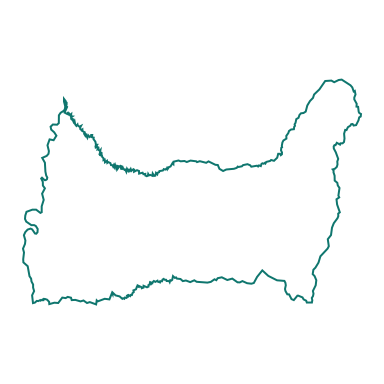 the district of Palmira, Valle del Cauca, Colombia
{"feature_id": "7082276B49686436836196", "entity_name": "Palmira", "entity_type": "district", "adm_level": 2, "iso_a3": "COL", "parent_name": "Colombia", "parent_adm1": "Valle del Cauca", "projection": "equal_earth", "projection_center": [-76.236, 3.584], "detail": "fine", "context": "isolated", "style": "outline", "palette": "teal", "viewbox_px": 384, "rotation_deg": 0, "n_neighbors": 0, "source": "geoboundaries", "source_scale": "gbopen_adm2", "svg_char_len": 5944}
<svg xmlns="http://www.w3.org/2000/svg" viewBox="0 0 384 384"><path d="M354.8,90.9L353.7,91.5L352.3,87.4L350.5,85.3L341.7,79.6L338.7,80.0L334.2,82.2L331.4,80.6L325.2,81.0L319.4,89.4L314.1,94.5L313.0,97.9L310.0,101.0L307.3,105.5L305.7,111.6L303.5,113.0L301.0,113.3L299.5,114.9L298.5,117.8L296.3,119.1L295.5,122.9L294.6,124.3L295.0,125.8L294.2,126.8L293.9,129.2L291.1,129.5L289.0,131.0L288.3,133.1L286.3,135.9L286.4,138.6L283.4,140.5L282.4,142.5L281.8,146.0L282.1,147.2L281.3,147.8L281.0,150.3L282.0,152.5L281.9,154.3L280.8,155.2L280.0,153.8L278.2,153.8L277.2,157.7L274.0,160.8L271.1,160.0L270.0,161.0L266.3,161.9L265.4,163.5L264.8,162.9L263.7,163.7L262.4,163.3L261.5,163.9L260.8,166.1L259.0,165.4L258.1,166.5L257.0,165.7L251.3,166.7L250.2,165.3L247.5,164.2L243.1,165.1L241.9,166.3L238.5,167.0L237.7,166.6L236.7,167.9L233.9,168.8L226.3,169.5L223.1,171.0L219.4,168.8L217.8,165.0L215.4,164.8L208.5,161.4L206.2,162.8L199.8,161.2L197.0,162.1L196.2,161.3L190.5,160.6L186.8,162.0L184.4,161.0L180.6,161.3L178.5,160.5L173.5,161.7L173.4,164.2L172.4,163.3L170.5,166.5L168.7,167.2L168.2,168.3L167.4,167.7L167.0,169.3L166.4,168.6L165.2,169.6L163.8,169.1L162.9,170.5L159.4,171.1L159.1,172.2L157.7,172.7L157.3,174.3L156.0,172.9L155.3,175.7L154.2,175.9L152.7,173.5L152.4,175.8L150.2,174.9L149.0,175.4L148.2,174.0L147.9,175.6L146.8,176.2L145.3,175.5L145.3,173.9L143.4,174.2L142.6,172.7L139.1,173.6L139.0,171.0L137.0,170.2L134.1,171.7L134.2,169.7L133.4,169.2L131.4,170.9L130.7,169.0L129.7,170.9L129.0,169.9L128.3,171.1L127.0,168.8L126.3,171.8L125.3,169.6L124.5,169.9L122.8,167.7L122.1,169.0L121.1,168.8L120.9,167.3L121.9,166.4L120.4,165.8L119.6,166.5L118.2,166.1L118.8,167.2L117.2,169.4L117.0,166.9L116.5,166.5L116.0,167.8L115.1,165.0L114.4,167.0L113.8,165.1L113.1,166.5L112.5,165.2L111.0,165.1L110.4,163.1L108.3,162.1L107.3,162.9L107.0,160.8L105.0,162.3L104.7,159.6L103.5,160.1L103.6,158.4L102.2,156.9L102.0,155.8L100.0,155.1L99.5,154.2L100.2,153.6L101.6,154.3L101.5,152.8L100.0,152.4L100.4,150.1L99.8,150.8L98.6,150.0L98.5,148.6L97.6,149.1L98.0,147.4L97.1,147.4L97.0,146.6L95.7,147.4L95.5,146.2L96.9,144.7L95.9,144.6L95.4,141.7L93.5,139.1L93.7,137.6L91.9,137.2L92.2,135.0L91.2,135.0L91.1,135.8L89.7,137.0L88.2,135.3L87.4,137.8L86.9,136.8L87.2,136.0L86.3,136.3L86.1,134.3L84.9,133.4L84.7,134.7L84.1,133.7L84.7,132.3L82.5,131.1L82.4,129.4L81.7,129.9L81.5,128.8L81.2,129.8L80.3,129.1L80.1,127.7L81.0,125.9L79.4,126.7L77.7,125.4L77.5,124.5L76.4,125.9L75.2,124.4L74.5,120.9L73.7,122.2L72.7,120.0L73.1,119.7L72.8,119.0L72.2,118.8L72.1,119.7L71.2,118.9L71.1,117.3L72.4,116.4L71.0,116.2L71.2,114.1L70.3,114.9L69.0,113.4L68.8,114.5L67.6,113.2L67.2,114.0L64.6,112.6L67.1,106.9L66.0,105.5L66.6,104.4L66.6,102.7L65.7,102.4L65.8,101.3L64.0,98.9L64.0,101.6L65.2,106.2L65.0,108.6L64.0,110.6L60.6,112.8L58.9,115.3L58.8,123.1L57.1,124.7L52.9,124.5L50.6,126.7L51.2,129.6L54.2,132.3L56.4,135.7L53.6,140.2L49.6,139.4L47.5,145.3L48.9,151.1L48.5,153.8L46.7,155.9L42.2,157.9L44.9,162.7L45.4,171.6L46.2,175.5L47.3,177.6L46.9,179.3L45.7,180.1L44.6,180.1L42.0,177.7L41.2,178.5L42.8,181.8L42.9,185.6L44.9,188.3L42.1,193.7L43.7,199.9L41.7,206.3L41.7,212.2L40.4,212.9L36.2,209.7L32.3,209.7L26.5,211.8L25.3,215.5L25.0,218.9L26.2,221.6L31.3,225.1L34.1,225.1L35.8,226.0L37.7,229.0L37.5,232.2L36.3,233.7L35.0,233.5L32.2,229.4L30.5,228.6L27.6,229.6L25.3,232.1L23.9,235.2L25.4,240.5L25.0,243.9L23.0,248.7L24.0,252.5L23.2,259.3L23.4,262.4L27.7,266.2L29.5,276.2L31.1,278.6L31.5,281.5L33.1,284.5L33.1,287.6L34.1,291.1L32.1,295.3L33.0,303.1L34.9,302.6L36.8,300.9L38.3,301.1L40.2,300.1L40.6,300.6L43.0,299.3L43.0,300.2L43.5,300.2L43.9,299.1L44.7,298.9L47.1,299.7L49.1,301.8L49.3,304.1L54.4,302.7L58.2,303.0L62.3,297.6L65.7,298.1L67.7,296.9L71.0,297.7L71.7,300.1L75.4,299.9L80.5,301.4L83.5,300.5L87.0,303.0L89.8,302.1L96.1,304.4L96.7,300.4L97.7,301.4L104.7,298.8L109.4,299.4L112.0,292.9L112.7,294.4L112.9,292.8L115.6,295.4L119.6,296.4L122.3,298.8L123.1,298.2L124.3,298.8L125.0,297.5L126.5,297.9L127.5,296.7L127.0,295.7L127.8,295.2L128.4,296.1L128.9,295.2L130.2,296.1L130.9,294.9L131.9,295.0L132.5,293.1L133.8,292.0L133.4,290.4L136.0,289.3L137.0,286.4L138.4,286.8L138.1,285.6L141.6,287.2L141.8,288.2L143.5,287.6L143.6,285.8L147.0,287.3L148.5,286.6L148.4,285.2L149.5,284.6L150.1,282.1L151.2,282.5L151.4,283.7L152.1,282.9L152.1,284.2L152.5,282.5L153.9,281.0L155.3,281.9L157.5,280.7L157.9,281.7L160.0,282.4L160.2,281.2L162.0,281.3L162.5,279.6L163.7,278.9L164.3,279.7L166.1,279.8L166.6,281.0L169.2,281.1L169.7,282.1L170.3,280.2L171.4,280.6L172.2,279.9L173.0,276.1L174.9,277.9L176.0,277.4L176.9,278.6L180.5,279.0L182.8,281.1L185.9,280.5L190.2,282.1L194.3,280.3L196.7,281.8L207.4,282.6L210.8,281.9L214.5,279.3L216.3,280.2L217.7,278.2L221.8,277.3L227.3,280.0L232.3,278.6L237.5,282.3L239.8,282.4L242.4,281.1L247.1,283.2L251.4,283.7L253.8,283.0L257.1,276.9L262.3,270.4L268.3,275.9L277.0,280.3L284.4,280.9L285.4,282.8L285.8,285.3L285.0,289.0L285.5,291.1L287.3,294.3L289.1,294.4L291.5,299.1L293.8,300.1L297.4,295.7L298.1,295.6L302.5,297.4L303.6,299.4L306.2,300.7L306.8,302.5L311.9,302.5L312.3,300.3L311.8,298.0L313.0,296.1L313.5,293.7L312.9,291.0L315.7,285.3L316.3,280.2L314.6,276.1L312.7,274.1L313.4,269.7L315.4,267.7L318.5,262.6L320.4,256.3L327.6,248.6L328.8,246.2L327.8,239.2L331.0,235.1L332.0,227.7L333.8,223.2L337.5,218.2L338.3,216.2L338.2,213.6L339.8,212.3L337.1,204.5L336.5,199.3L339.2,197.4L338.4,195.6L339.5,188.0L337.8,185.5L337.3,182.8L334.7,180.6L334.6,175.7L333.5,172.3L333.6,170.6L332.7,169.4L334.8,168.8L336.8,166.9L337.5,164.5L337.3,161.5L338.2,158.9L335.8,152.3L333.8,148.5L333.7,146.4L334.5,145.1L335.5,145.2L336.8,142.8L340.0,144.6L340.5,143.3L342.6,143.3L344.0,142.0L344.5,138.5L344.1,133.7L345.2,129.9L346.5,130.1L347.9,127.2L350.3,125.7L351.2,124.2L352.6,124.0L353.6,125.5L356.1,125.1L358.5,120.3L359.2,117.4L360.7,116.5L361.0,114.0L359.3,113.0L358.7,111.8L358.1,106.8L356.5,106.6L356.7,103.8L354.3,99.4L354.3,97.5L355.5,94.5L354.8,90.9Z" fill="none" stroke="#0f766e" stroke-width="2"/></svg>